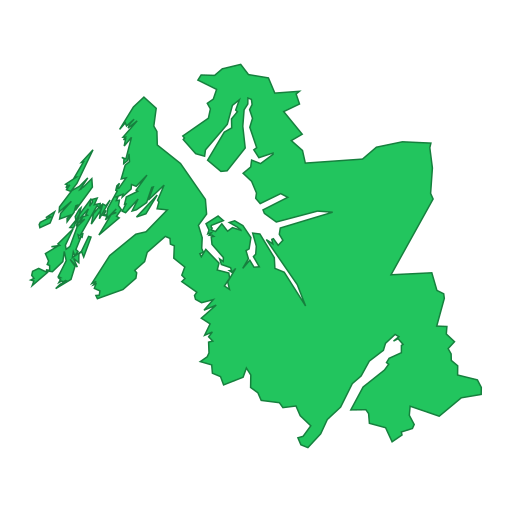 outline of Brønnøy nor, Nordland, Norway
{"feature_id": "86288312B44340312529107", "entity_name": "Brønnøy nor", "entity_type": "district", "adm_level": 2, "iso_a3": "NOR", "parent_name": "Norway", "parent_adm1": "Nordland", "projection": "mercator", "projection_center": [12.383, 65.417], "detail": "fine", "context": "isolated", "style": "filled", "palette": "green", "viewbox_px": 512, "rotation_deg": 0, "n_neighbors": 0, "source": "geoboundaries", "source_scale": "gbopen_adm2", "svg_char_len": 5972}
<svg xmlns="http://www.w3.org/2000/svg" viewBox="0 0 512 512"><path d="M439.2,416.2L461.3,397.8L481.2,394.4L481.3,387.4L477.4,379.9L457.6,375.0L457.7,365.8L451.3,360.4L451.1,353.9L448.1,348.6L454.5,341.7L446.3,334.0L446.9,326.5L436.7,326.1L444.3,298.4L443.7,293.8L436.9,290.4L431.8,272.8L391.0,274.8L433.1,199.0L430.6,193.4L432.4,168.0L429.8,147.7L430.9,143.1L402.4,141.8L376.4,147.2L362.5,159.1L305.3,163.1L302.5,150.5L291.3,140.6L302.2,134.2L283.7,111.6L299.5,104.0L296.1,94.0L299.4,91.3L274.8,93.1L268.4,77.9L248.5,74.6L240.7,64.4L222.3,68.8L214.6,75.4L201.1,75.0L197.9,80.1L216.6,89.4L213.3,99.1L207.3,103.3L210.4,108.9L208.4,118.2L182.8,136.0L184.5,138.0L183.2,139.5L195.7,153.7L204.6,156.2L205.5,149.8L227.3,124.3L232.4,105.4L239.4,99.7L235.7,110.1L237.4,111.7L231.5,118.9L231.7,127.9L224.3,132.1L207.6,160.2L220.9,171.4L227.1,170.8L245.2,148.0L242.8,126.3L244.1,109.8L247.8,104.0L247.9,98.0L251.4,99.4L252.1,104.5L249.6,109.6L252.5,118.3L249.8,127.3L256.7,147.7L253.8,149.8L258.9,157.7L273.0,153.0L273.1,154.3L260.6,163.6L251.6,160.1L250.7,167.0L243.1,173.3L251.6,181.3L256.5,193.0L255.7,198.3L260.2,203.6L280.7,193.6L287.8,197.3L263.0,209.9L264.4,213.4L276.3,222.0L317.5,211.1L332.7,212.2L280.3,228.0L279.3,234.3L282.9,240.3L278.2,245.3L273.4,238.7L271.8,239.4L272.8,243.9L266.3,239.6L297.3,284.7L305.6,306.0L284.2,272.2L274.9,268.4L274.3,257.7L259.9,234.0L252.7,233.1L256.3,246.2L255.7,254.2L253.4,256.6L259.3,266.8L254.0,267.2L249.8,260.2L242.7,268.4L248.4,258.7L246.0,250.6L249.1,248.9L250.9,237.5L242.9,225.6L234.7,220.8L229.3,222.5L237.2,227.0L240.8,229.9L240.9,230.3L232.5,227.6L227.6,231.2L221.8,223.8L215.5,231.5L211.1,229.8L212.2,228.1L211.2,227.2L211.2,225.8L211.5,225.3L223.4,220.6L218.1,216.0L206.0,223.7L209.0,230.1L207.7,233.9L211.4,232.7L209.2,235.3L212.0,235.1L213.8,236.4L211.2,236.9L212.0,244.4L223.4,257.5L223.2,261.5L219.7,259.0L221.4,264.5L230.6,267.7L231.5,270.6L229.5,270.7L231.9,272.4L235.7,268.4L227.7,281.9L229.5,289.4L224.4,286.0L229.6,278.1L228.8,273.0L217.2,270.0L219.0,263.1L205.8,249.4L201.3,256.8L199.8,253.7L203.3,252.2L201.7,248.4L202.2,237.7L198.4,225.3L206.6,214.1L205.4,199.4L180.5,163.5L157.3,145.0L156.9,131.5L153.8,126.1L156.2,108.3L143.9,97.1L133.4,107.0L119.6,129.4L125.3,122.9L126.5,126.0L134.1,119.2L129.9,123.9L128.1,128.1L137.2,120.8L123.0,137.2L125.6,137.1L123.5,139.8L125.6,138.9L124.2,146.0L131.5,137.3L125.9,158.9L121.8,157.4L124.0,158.7L123.7,163.6L127.5,160.6L129.1,153.8L129.5,161.7L125.2,165.1L121.2,179.0L126.1,177.9L118.8,188.3L117.1,188.7L119.5,183.3L116.9,185.8L115.8,190.3L117.2,191.1L107.8,208.3L106.9,214.7L103.9,215.1L106.0,210.3L103.1,215.3L107.1,216.2L105.4,219.9L116.3,208.9L112.4,213.2L116.4,212.5L111.2,214.5L98.9,235.0L119.2,217.9L116.5,216.3L121.3,209.6L118.5,205.5L119.4,200.2L116.3,200.6L117.8,197.1L116.3,196.9L122.9,194.2L122.2,197.1L131.1,189.0L131.5,184.5L136.2,186.3L147.0,175.1L136.1,190.2L137.7,191.3L126.3,197.0L124.5,204.3L125.9,204.1L122.2,211.2L125.6,212.7L138.1,199.0L132.1,211.0L136.4,209.8L146.6,202.6L151.8,187.4L153.3,187.0L148.4,200.0L164.1,185.1L157.6,200.3L158.9,202.0L157.1,208.8L167.3,209.9L146.0,231.8L135.8,234.2L109.7,255.6L91.9,283.4L96.2,281.4L93.4,284.9L95.9,284.0L94.3,288.4L99.9,290.9L99.3,295.2L95.9,295.5L97.4,298.7L123.0,289.5L135.9,278.2L136.7,272.8L134.7,270.4L144.6,261.6L147.2,252.3L165.3,236.4L170.0,238.4L170.4,244.1L174.3,245.8L173.8,258.2L184.8,267.0L181.8,275.2L185.0,278.5L181.8,281.6L196.8,292.2L194.5,295.5L195.5,299.3L201.6,302.7L213.3,299.6L204.0,310.2L216.2,305.1L201.3,318.2L210.1,323.9L204.6,335.3L212.4,332.0L208.6,336.8L212.8,341.1L208.6,342.1L209.0,352.9L207.2,356.8L200.3,361.6L211.7,364.9L212.4,373.2L220.5,376.6L223.6,384.9L243.1,377.2L246.4,368.0L250.8,375.0L250.6,387.5L257.9,392.8L261.2,400.4L279.4,402.7L282.9,407.6L296.0,406.0L300.2,415.7L310.8,425.8L303.1,436.3L297.9,437.8L300.9,444.8L307.9,447.6L320.7,433.8L327.3,419.5L340.6,407.1L352.3,383.6L361.1,376.0L369.3,361.1L383.4,350.3L385.5,343.3L395.1,334.4L398.9,336.7L393.5,341.1L398.1,338.7L403.1,344.4L401.4,345.4L401.4,352.7L389.1,358.3L386.5,362.6L388.7,364.2L384.5,370.0L363.1,387.0L350.8,409.9L365.9,409.7L368.6,413.6L369.4,423.3L385.6,427.7L392.1,441.8L402.0,435.0L401.3,432.0L412.4,428.5L414.2,424.5L409.3,415.3L410.1,406.2L439.2,416.2ZM91.2,198.6L79.1,214.9L81.0,207.8L79.1,209.6L75.2,216.6L75.9,220.2L69.9,227.5L73.6,227.9L77.9,216.4L78.7,215.2L79.3,214.8L76.2,226.4L81.9,217.5L80.6,217.7L88.4,208.9L85.9,214.5L87.3,215.2L82.6,217.0L80.6,222.0L84.8,219.1L77.2,226.7L70.0,246.4L66.1,249.3L65.4,245.2L73.1,228.9L57.9,243.9L59.7,245.4L51.4,246.7L56.8,246.7L45.4,253.6L48.6,261.0L47.2,264.5L49.6,265.5L49.7,270.3L46.6,269.9L46.4,270.9L52.4,271.7L62.8,261.6L64.3,251.4L66.2,260.7L58.3,276.5L60.5,277.7L58.7,278.0L60.5,279.6L58.9,282.5L61.8,281.0L62.9,281.9L65.6,280.5L66.6,280.9L60.1,284.3L55.7,288.6L71.0,279.4L75.0,266.3L70.1,259.4L77.3,267.1L73.6,258.4L78.8,262.7L78.9,254.0L81.5,251.5L83.7,257.0L91.0,237.1L88.6,236.4L81.4,251.4L72.3,257.7L73.3,251.9L74.8,255.8L78.0,251.4L75.9,249.5L80.7,237.6L78.9,238.4L78.1,234.8L82.1,237.2L82.8,233.8L80.8,234.4L97.1,205.6L98.8,207.5L93.5,213.5L91.3,224.1L100.8,210.2L99.4,218.7L110.1,200.0L106.0,205.7L102.8,204.0L101.1,210.1L102.1,204.2L99.9,209.4L100.2,203.5L94.3,204.7L97.2,198.1L92.3,199.4L92.6,202.0L89.5,206.4L91.2,198.6ZM80.1,189.5L87.8,177.9L79.5,186.3L71.9,190.5L59.5,206.9L59.1,211.9L71.4,201.3L60.7,213.3L59.6,219.0L71.5,214.7L67.1,218.4L67.1,221.7L74.0,212.3L75.8,205.8L77.4,205.2L75.3,210.5L92.4,187.1L91.8,178.7L83.3,187.2L82.6,187.3L81.1,189.0L80.1,189.5ZM93.0,149.8L81.4,162.4L83.5,161.9L74.1,177.9L75.9,177.1L76.4,177.1L65.6,184.2L67.5,185.0L65.9,187.8L69.9,184.9L66.5,189.7L70.7,191.4L76.9,183.4L93.0,149.8ZM47.4,272.5L38.7,268.4L32.6,271.3L31.7,275.4L34.0,278.4L30.7,280.0L33.9,281.0L32.2,285.6L47.4,272.5ZM145.9,213.8L157.2,195.0L136.5,217.0L145.9,213.8ZM54.6,211.8L45.8,217.7L48.2,216.5L50.8,217.0L40.3,222.3L39.2,224.5L39.9,227.7L50.1,223.0L54.6,211.8Z" fill="#22c55e" stroke="#15803d" stroke-width="1.5"/></svg>